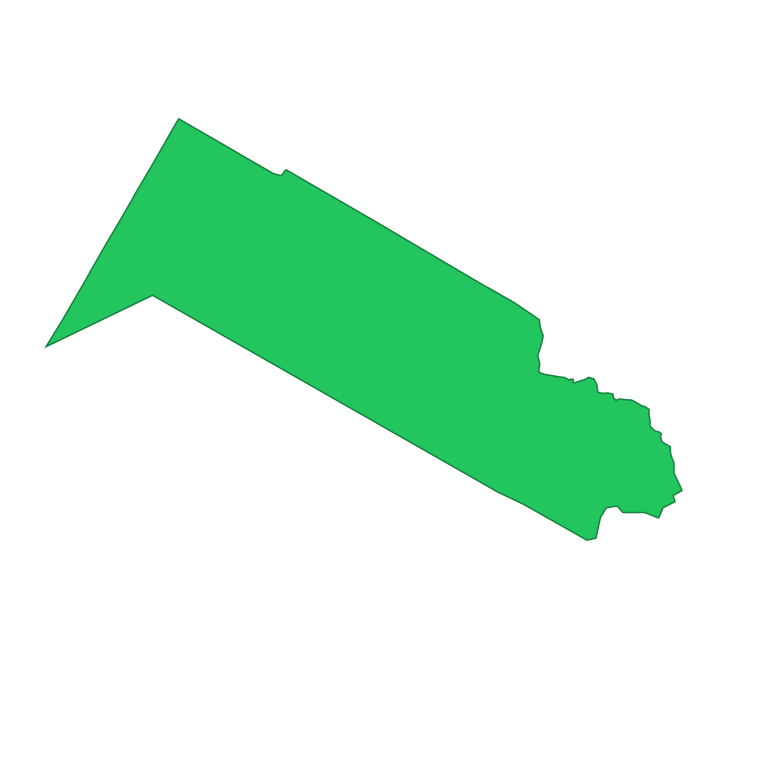 Dolores, Colorado, United States of America, rotated 30°
{"feature_id": "52423323B89613253232033", "entity_name": "Dolores", "entity_type": "district", "adm_level": 2, "iso_a3": "USA", "parent_name": "United States of America", "parent_adm1": "Colorado", "projection": "mercator", "projection_center": [-108.387, 37.69], "detail": "fine", "context": "isolated", "style": "filled", "palette": "green", "viewbox_px": 768, "rotation_deg": 30, "n_neighbors": 0, "source": "geoboundaries", "source_scale": "gbopen_adm2", "svg_char_len": 1627}
<svg xmlns="http://www.w3.org/2000/svg" viewBox="0 0 768 768"><g transform="rotate(30 384 384)"><path d="M72.7,520.6L139.2,422.9L537.0,420.7L565.2,418.4L637.8,417.8L644.6,411.6L638.2,391.5L638.4,380.0L647.0,373.1L655.1,375.9L674.0,365.0L688.9,362.7L687.5,351.8L694.8,340.4L690.2,335.9L695.3,327.4L691.9,324.6L685.7,320.4L679.6,316.1L674.6,307.4L670.0,303.8L666.8,300.7L663.3,295.2L654.1,295.2L649.8,291.5L649.1,288.3L645.8,288.1L642.1,289.2L635.4,287.6L632.9,282.8L629.2,278.6L626.2,273.5L621.4,273.2L617.2,274.1L613.0,273.9L606.4,274.1L601.7,276.5L595.6,279.1L592.9,282.1L590.5,281.6L588.2,279.9L587.5,278.3L582.9,279.6L578.8,282.2L575.9,283.6L572.9,283.9L572.0,282.5L568.5,278.0L563.2,274.6L557.7,276.0L556.1,279.3L551.7,284.0L548.4,287.6L547.0,288.2L546.4,287.3L546.1,285.8L545.0,285.6L543.6,286.2L542.5,288.0L536.9,288.1L532.4,290.2L526.5,292.3L519.3,295.0L515.2,296.0L511.7,296.0L511.1,294.5L509.0,288.9L507.2,287.0L505.0,284.5L502.8,282.5L501.7,276.6L500.0,269.4L497.8,262.7L491.0,256.9L486.4,250.7L455.5,248.4L442.5,248.5L429.6,248.5L420.0,248.7L393.6,248.5L364.1,248.2L331.1,248.0L296.7,247.6L280.7,247.6L254.8,247.5L234.1,247.5L218.4,247.5L200.7,247.4L192.1,247.4L191.3,250.1L191.5,251.9L190.4,255.2L183.1,257.1L168.5,257.1L161.4,257.1L155.6,257.1L154.2,257.1L152.1,257.1L149.2,257.1L146.1,257.1L137.7,257.0L131.6,257.0L117.6,257.0L110.4,257.0L103.2,257.0L91.6,257.0L79.4,257.0L73.6,257.0L73.5,262.5L73.6,283.0L73.6,287.2L73.7,311.0L73.4,344.4L73.6,350.9L73.6,368.9L73.6,370.2L73.3,400.2L73.4,428.3L73.4,432.4L73.6,441.4L73.5,490.2L72.9,510.6L72.7,520.6Z" fill="#22c55e" stroke="#15803d" stroke-width="1.5"/></g></svg>